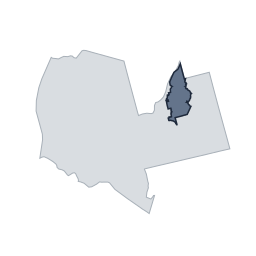 La Libertad, Petén, Guatemala shown in context, rotated 75°
{"feature_id": "79465075B31281143780542", "entity_name": "La Libertad", "entity_type": "district", "adm_level": 2, "iso_a3": "GTM", "parent_name": "Guatemala", "parent_adm1": "Petén", "projection": "orthographic", "projection_center": [-90.603, 16.998], "detail": "fine", "context": "in_parent", "style": "filled", "palette": "slate", "viewbox_px": 256, "rotation_deg": 75, "n_neighbors": 0, "source": "geoboundaries", "source_scale": "gbopen_adm2", "svg_char_len": 4809}
<svg xmlns="http://www.w3.org/2000/svg" viewBox="0 0 256 256"><g transform="rotate(75 128 128)"><path d="M39.9,183.9L41.1,182.8L42.1,180.1L43.3,177.3L42.6,174.1L42.2,171.5L43.5,167.7L43.4,164.9L44.1,163.2L46.1,162.0L47.1,159.9L41.5,152.4L41.5,150.7L42.3,148.6L47.0,140.7L52.5,131.3L58.6,120.9L62.3,114.6L75.5,114.7L84.3,114.7L95.4,114.7L107.5,114.7L115.5,114.7L118.7,114.6L118.2,110.5L118.6,106.0L120.1,101.9L120.1,100.1L117.7,97.9L113.1,96.6L110.6,94.7L110.6,92.2L109.4,89.2L107.2,85.7L102.6,82.1L95.7,78.4L89.7,73.4L84.9,67.2L80.7,63.2L77.6,61.5L76.8,60.6L86.1,60.7L94.9,60.8L95.0,51.9L95.1,44.0L95.2,35.1L111.1,35.2L130.1,35.2L149.9,35.1L165.4,35.0L174.5,35.0L174.1,46.0L173.8,58.9L173.5,68.3L173.1,80.8L172.7,93.7L172.1,111.2L171.8,122.5L172.0,122.8L177.2,122.2L184.9,122.7L186.8,122.6L189.2,123.6L191.0,123.8L195.0,126.4L199.6,128.2L202.5,124.3L201.0,122.0L199.8,120.8L200.0,119.8L216.1,129.7L214.2,131.2L210.2,134.9L202.8,141.1L196.2,146.7L189.9,151.7L184.2,156.3L183.5,156.7L176.2,160.0L175.0,161.5L173.4,167.8L172.7,169.4L174.1,172.9L175.4,178.3L175.0,181.2L170.0,184.7L167.7,187.9L166.7,189.9L165.8,189.4L164.2,189.3L160.6,190.1L158.8,190.3L157.4,191.2L157.2,193.1L158.2,196.3L158.6,197.9L157.6,198.7L153.1,200.6L151.3,202.5L149.7,205.5L147.7,206.7L145.7,206.5L144.2,206.9L141.1,209.1L136.5,213.4L134.0,216.5L133.9,218.9L134.4,221.0L117.4,213.6L111.7,212.3L87.9,212.4L77.7,209.4L66.0,203.7L58.2,198.5L39.9,183.9Z" fill="#d9dde1" stroke="#a8b0b8" stroke-width="1"/><path d="M130.2,67.3L130.1,67.2L129.3,66.6L128.8,66.1L128.6,65.9L128.3,65.7L127.9,65.4L127.7,65.2L126.5,64.2L126.1,63.9L125.8,63.6L125.5,63.4L125.2,63.1L124.5,62.6L123.7,61.9L123.7,62.0L123.2,62.2L122.7,62.3L122.5,62.5L122.4,62.6L122.1,62.7L121.7,62.7L121.6,62.8L121.4,63.1L121.2,63.3L120.9,63.4L120.7,63.4L120.3,63.6L120.2,63.6L119.9,63.7L119.7,63.6L119.4,63.5L119.1,63.5L118.9,63.6L118.9,63.8L118.7,63.8L118.6,64.3L118.5,64.5L118.4,64.7L118.3,64.4L118.1,64.4L117.9,64.4L117.7,64.4L117.3,64.2L117.5,63.9L117.9,63.9L118.0,63.9L118.3,63.7L118.2,63.5L118.2,63.4L118.2,63.2L118.2,62.8L118.1,62.7L117.8,62.2L117.7,62.1L117.5,61.9L117.3,61.8L117.1,61.5L117.1,61.4L116.9,61.3L116.7,61.3L116.6,61.2L116.4,61.0L116.2,60.8L116.0,60.7L115.9,60.7L115.7,60.4L115.8,60.4L115.7,60.3L115.4,60.0L115.3,59.9L115.2,59.9L114.8,59.7L114.5,59.7L114.4,59.6L114.2,59.4L113.9,59.4L113.5,59.3L113.3,59.3L113.1,59.3L112.8,59.2L112.6,59.1L112.3,59.0L112.2,58.9L111.9,58.6L111.4,58.5L111.1,58.4L110.8,58.4L110.6,58.3L110.4,58.5L110.3,58.4L110.4,58.2L110.2,58.3L109.9,58.3L109.7,58.4L109.6,58.5L109.3,58.6L109.1,58.7L108.8,58.7L108.6,58.8L108.3,58.8L108.2,58.9L108.0,59.1L107.7,59.3L107.5,59.5L107.4,59.7L107.3,60.0L107.2,60.1L106.9,60.3L106.7,60.3L106.3,60.3L105.7,60.5L105.3,60.7L105.3,60.8L105.4,61.1L105.3,61.5L105.1,61.5L104.9,61.8L104.6,61.9L104.4,61.9L104.3,62.0L104.2,62.0L103.8,61.8L103.7,61.8L103.4,61.7L103.3,61.4L103.2,61.4L103.1,61.5L102.8,61.7L102.7,61.8L102.7,61.7L102.6,61.4L102.4,61.3L102.3,61.2L102.2,61.1L101.8,60.8L101.7,60.8L101.3,61.0L101.2,61.0L100.8,61.0L100.7,60.9L100.8,60.8L100.8,60.7L100.7,60.7L100.5,60.3L100.5,60.2L100.4,60.2L100.3,60.3L100.2,60.3L100.2,60.2L100.0,60.3L99.9,60.3L99.7,60.4L99.6,60.5L99.4,60.5L99.3,60.3L99.2,60.3L99.2,60.6L99.1,60.8L98.9,60.9L98.6,60.9L98.4,61.1L98.2,61.2L97.9,61.0L97.7,61.0L97.6,60.9L97.2,60.8L97.0,60.7L96.9,60.5L96.7,60.5L96.5,60.4L96.3,60.4L96.2,60.4L96.1,60.2L95.9,60.2L95.9,60.4L95.7,60.3L95.5,60.1L95.4,59.7L95.2,59.6L95.2,60.9L86.8,60.9L79.6,60.9L83.6,64.1L84.2,64.8L86.1,69.2L90.5,72.9L94.3,75.8L97.5,76.2L97.8,76.0L97.8,75.9L98.0,75.9L98.3,75.7L98.4,75.4L98.5,75.3L98.5,75.2L98.8,75.1L99.0,74.9L99.0,75.0L99.5,75.2L100.1,75.6L100.5,76.0L100.9,76.5L101.4,77.1L104.6,77.7L104.5,79.7L106.3,79.7L106.7,80.2L107.0,80.4L106.5,81.2L106.4,81.2L106.4,81.5L108.6,82.1L109.5,82.6L109.5,83.0L109.8,83.3L110.0,83.3L110.1,83.1L110.2,82.9L110.4,83.0L110.8,83.9L111.0,84.0L111.3,84.7L111.4,82.7L111.5,82.8L111.4,82.3L111.8,82.3L111.8,82.0L112.7,82.0L112.6,83.3L112.5,83.9L112.4,84.0L116.1,84.3L120.0,84.3L120.0,81.5L121.7,81.5L121.7,81.8L123.4,82.0L123.5,81.7L123.6,81.8L123.9,81.8L123.9,81.7L124.2,81.8L124.6,82.1L124.6,82.4L124.8,82.4L124.9,82.7L125.6,82.7L125.8,82.7L125.9,82.9L126.0,82.9L127.7,83.0L128.4,83.1L128.4,83.8L128.2,83.8L128.2,84.5L128.0,85.4L128.7,85.4L128.8,86.6L131.3,86.6L131.5,86.2L131.5,85.9L131.6,84.9L131.7,84.7L131.8,84.5L132.1,84.1L132.3,83.7L132.8,82.7L133.0,82.3L133.5,81.9L134.1,81.4L134.4,81.1L134.8,80.8L135.0,80.8L135.2,80.7L135.4,80.7L136.1,80.7L136.3,80.6L136.5,80.5L136.6,80.4L136.7,80.2L136.8,80.1L137.0,80.1L137.5,80.0L137.5,79.9L137.1,79.8L136.7,79.8L136.2,79.8L133.5,79.8L132.4,79.8L131.5,79.8L131.1,79.8L130.6,79.8L130.2,79.8L130.3,72.3L130.2,72.3L130.2,70.2L130.2,69.8L130.3,69.5L130.2,69.4L130.2,67.3Z" fill="#64748b" stroke="#1e293b" stroke-width="1.5"/></g></svg>